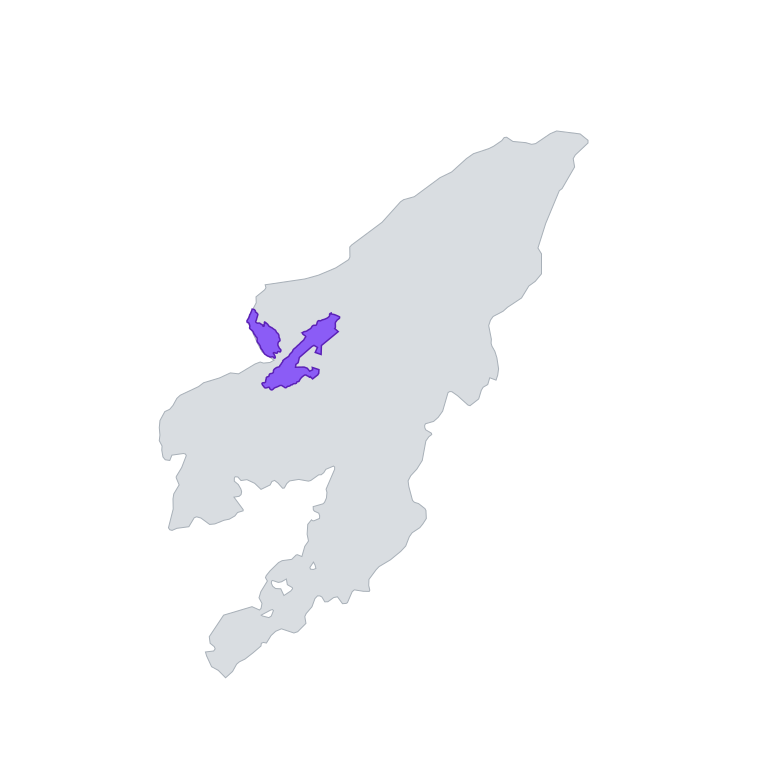 Panfilov, Chuy, Kyrgyzstan shown in context, rotated 321°
{"feature_id": "92254566B35271705363117", "entity_name": "Panfilov", "entity_type": "district", "adm_level": 2, "iso_a3": "KGZ", "parent_name": "Kyrgyzstan", "parent_adm1": "Chuy", "projection": "mercator", "projection_center": [73.745, 42.502], "detail": "fine", "context": "in_parent", "style": "filled", "palette": "violet", "viewbox_px": 768, "rotation_deg": 321, "n_neighbors": 0, "source": "geoboundaries", "source_scale": "gbopen_adm2", "svg_char_len": 8804}
<svg xmlns="http://www.w3.org/2000/svg" viewBox="0 0 768 768"><g transform="rotate(321 384 384)"><path d="M170.0,459.9L171.9,458.8L177.8,457.5L189.7,456.4L193.7,457.2L201.9,462.2L208.1,461.6L209.3,462.2L211.6,466.4L220.3,460.3L226.5,458.5L229.7,452.4L236.4,445.1L242.2,443.9L242.3,445.1L243.4,446.2L249.3,447.9L251.1,445.9L252.0,443.3L249.9,439.1L249.9,437.3L251.8,434.7L261.1,438.7L263.2,438.6L267.5,436.4L271.4,432.4L272.8,429.3L292.0,419.2L293.4,417.4L293.1,416.0L285.1,413.7L281.4,415.0L278.1,415.0L276.1,413.5L266.3,412.9L264.1,411.9L257.7,404.5L249.6,399.9L245.7,400.2L241.1,402.1L239.6,401.2L239.3,394.3L238.3,390.1L235.5,389.2L232.0,390.8L222.1,388.5L221.0,379.8L217.3,372.1L212.1,369.0L211.9,364.3L210.0,362.4L208.5,362.9L206.5,365.3L207.5,370.4L206.7,375.5L205.6,378.1L203.3,380.0L200.7,380.1L196.2,377.5L195.5,393.0L194.7,393.9L189.3,391.7L185.1,392.7L178.7,391.7L173.9,389.2L164.5,386.3L160.1,383.4L157.4,373.0L154.8,369.3L152.4,368.5L142.5,372.1L132.2,365.8L127.2,364.4L125.8,362.5L126.0,360.1L141.5,348.5L147.7,340.5L151.5,337.1L161.3,333.5L163.5,326.1L164.3,325.2L174.2,321.6L185.3,315.2L185.6,313.4L184.4,311.8L174.4,305.8L169.4,308.6L166.3,305.2L166.3,301.6L169.7,295.5L172.5,292.5L173.7,286.6L177.7,282.7L181.9,276.5L186.9,271.4L196.3,267.5L201.5,268.8L206.4,267.9L214.0,264.8L218.6,264.5L238.2,269.3L244.6,269.5L259.8,275.7L271.6,278.7L277.4,284.6L296.4,287.3L301.6,289.0L303.5,291.9L308.9,295.5L313.5,296.3L309.5,282.2L311.1,273.7L317.1,250.6L320.3,247.1L335.8,240.5L339.4,235.7L350.5,235.7L352.8,234.9L354.1,232.1L388.5,252.5L401.6,258.2L419.6,263.4L434.8,265.1L437.4,263.9L443.6,256.0L446.4,255.6L484.3,257.1L511.4,252.8L515.3,253.1L525.4,257.5L557.5,258.9L570.0,261.8L590.0,260.7L598.4,261.3L613.5,267.0L618.8,268.2L628.7,269.0L632.5,268.1L634.6,269.4L636.8,276.6L646.1,285.7L649.5,290.6L653.1,292.6L670.8,294.1L677.4,296.0L693.8,313.1L695.9,323.0L694.2,325.1L676.8,326.4L672.9,327.9L668.7,335.3L645.4,344.2L641.9,344.1L610.7,361.0L589.2,375.2L588.3,382.0L575.7,397.5L566.2,399.4L558.2,399.0L545.0,403.7L528.2,402.1L522.4,402.4L511.3,400.2L506.9,401.4L502.1,404.5L495.6,416.8L492.9,419.7L491.7,422.5L490.7,428.4L488.2,434.7L482.6,444.3L477.9,448.7L473.5,451.5L470.1,445.7L464.3,449.7L459.0,448.9L455.7,450.1L448.2,455.2L437.2,455.0L436.0,453.2L433.8,439.3L431.9,432.7L430.3,431.2L428.3,431.0L412.5,442.0L405.2,444.0L399.1,444.3L391.2,441.0L389.5,441.8L388.2,443.6L387.6,445.9L389.9,452.1L389.3,453.3L385.7,453.2L380.7,454.6L365.6,467.5L356.0,470.8L347.1,472.1L341.8,474.4L338.8,479.2L332.9,492.4L333.2,495.1L335.6,498.7L337.4,506.6L337.0,508.7L332.2,515.2L326.1,517.2L321.4,518.2L312.3,517.3L307.6,518.6L298.9,523.6L291.8,524.6L278.4,524.7L265.2,522.8L260.9,523.4L249.3,526.4L245.3,531.0L243.2,535.3L242.0,535.9L237.4,532.0L231.4,525.3L228.5,525.4L218.0,530.9L216.5,530.7L213.5,528.6L213.9,520.1L210.5,518.3L203.3,517.9L200.9,516.0L201.7,510.5L200.9,508.4L199.0,506.8L195.3,507.3L187.8,511.8L179.1,513.4L176.1,514.9L172.7,520.9L161.0,522.2L157.3,520.8L150.2,509.7L144.2,508.0L138.0,508.4L129.6,511.3L127.6,508.9L125.5,508.3L123.5,510.2L113.3,510.5L102.9,510.3L96.9,508.9L93.1,509.0L85.4,512.1L76.0,512.6L75.0,502.3L72.1,495.2L75.0,483.7L76.6,479.9L83.6,484.3L86.1,483.6L86.8,481.3L85.7,476.1L89.2,470.4L113.9,462.7L141.3,474.0L145.0,481.3L147.3,481.0L151.1,477.7L152.3,471.5L157.6,467.9L169.4,463.7L170.0,459.9ZM184.1,485.6L184.6,484.5L182.6,479.1L185.4,474.1L179.8,473.2L177.0,471.7L173.8,466.6L172.7,466.4L171.1,467.8L170.2,471.1L171.0,474.7L174.9,478.2L173.1,485.4L181.2,486.2L184.1,485.6ZM155.5,490.5L155.3,489.0L153.4,488.3L143.1,486.3L143.5,487.7L147.5,493.1L150.4,493.4L155.5,490.5ZM216.5,481.3L217.1,478.0L211.0,479.9L210.3,481.6L212.4,483.7L215.0,484.5L216.5,481.3Z" fill="#d9dde1" stroke="#a8b0b8" stroke-width="1"/><path d="M289.0,312.0L289.3,312.4L289.7,312.7L290.4,313.1L290.6,313.2L291.6,313.6L292.2,313.9L292.5,314.0L292.7,314.3L292.7,314.8L292.5,315.1L292.4,315.5L292.3,316.4L292.6,317.5L293.0,317.9L293.5,318.2L294.3,318.3L295.8,318.1L296.8,318.2L299.5,319.1L300.7,319.4L302.3,319.7L302.9,320.2L303.3,320.5L303.7,321.0L304.1,322.4L304.5,323.5L304.6,324.2L304.7,324.4L305.0,324.8L305.4,325.1L305.8,325.3L306.5,325.3L307.0,325.1L307.4,325.1L307.6,325.2L308.6,325.8L309.3,326.1L310.0,326.3L310.6,326.2L311.3,326.2L311.9,326.7L312.5,326.9L313.2,326.8L313.8,326.8L314.3,327.1L315.1,327.8L315.8,328.1L316.4,328.2L317.4,327.7L317.9,327.6L318.8,328.2L319.7,328.4L321.1,327.8L322.2,327.4L323.1,327.2L324.2,327.0L325.2,327.0L326.8,327.0L327.7,327.1L328.3,327.3L328.7,327.7L329.3,328.4L329.4,329.3L329.8,329.9L330.1,330.6L330.3,331.7L330.6,332.1L331.3,331.9L331.7,335.1L338.5,335.2L339.2,334.8L339.9,334.7L342.5,331.9L338.7,326.0L337.5,328.0L334.3,327.3L334.3,323.5L332.6,320.6L325.8,315.3L327.8,313.3L330.7,313.4L334.9,310.1L351.6,309.5L353.9,309.9L355.3,313.7L350.4,316.2L353.7,321.5L359.6,314.7L381.4,314.5L380.6,309.9L381.2,309.8L382.0,309.3L383.9,306.8L384.3,306.2L385.2,305.5L387.2,305.0L388.0,304.8L389.8,304.9L390.9,304.8L391.7,304.0L391.6,303.5L390.2,300.7L389.0,298.6L387.6,297.0L387.0,296.3L387.6,295.6L387.3,295.5L386.8,295.4L386.5,295.3L386.3,295.3L386.2,295.3L385.6,295.5L385.6,295.9L384.9,296.5L384.0,297.0L382.7,297.1L381.3,297.0L380.1,296.7L379.0,296.4L378.9,296.4L377.9,296.0L377.0,295.6L376.4,295.3L375.1,295.1L374.2,294.8L373.8,294.4L373.4,293.8L372.7,293.5L371.8,293.6L370.9,294.0L370.2,294.6L369.2,295.2L368.8,295.5L368.2,295.5L367.6,295.2L366.9,294.6L366.3,294.1L365.5,293.9L364.4,293.9L362.9,294.5L361.9,294.7L361.7,294.7L360.2,294.5L359.3,294.3L358.1,294.3L356.9,294.1L356.0,293.7L355.4,293.3L354.4,292.9L353.4,292.8L352.7,292.7L352.9,293.0L352.6,293.3L352.3,294.1L352.6,295.5L352.8,296.1L353.1,297.1L353.1,297.8L352.6,298.2L351.9,298.3L351.3,298.5L350.4,298.8L349.8,299.2L348.9,299.3L347.6,299.4L346.1,299.4L345.0,299.5L343.8,299.7L342.6,299.8L341.0,299.8L339.3,300.0L337.9,300.1L337.7,300.1L336.9,300.0L335.5,300.1L334.4,300.4L333.6,301.0L332.3,301.3L330.3,301.5L329.2,301.7L328.3,302.2L327.4,302.5L326.6,302.5L325.1,302.3L322.5,302.1L320.2,302.1L319.8,302.7L319.2,302.9L318.7,303.1L317.2,303.4L316.3,303.9L315.5,304.0L314.7,304.1L314.0,304.6L313.2,304.6L312.5,304.3L311.3,303.7L310.2,303.5L308.7,303.4L307.7,303.5L306.8,303.8L306.2,304.3L305.9,304.8L305.2,305.4L304.6,305.4L303.8,305.3L303.3,305.1L302.8,304.7L301.8,304.3L300.9,304.4L300.5,304.7L300.1,305.1L299.7,305.4L298.9,305.4L298.2,305.2L297.7,304.9L297.1,304.9L296.5,305.0L295.8,305.7L295.5,306.0L294.8,306.4L294.2,306.9L293.7,307.4L293.2,307.9L292.4,307.9L291.7,307.7L291.1,307.1L290.7,306.8L290.1,306.7L289.7,306.7L289.3,307.0L289.0,308.1L288.9,309.0L289.0,310.0L288.9,310.8L288.9,311.3L289.0,312.0ZM328.6,242.8L327.7,243.5L325.2,244.9L324.2,245.4L323.0,245.8L321.9,246.8L321.2,247.1L320.3,247.6L319.4,247.9L318.6,248.1L317.3,248.6L316.6,249.5L316.5,250.2L316.8,250.6L317.2,250.8L317.3,251.5L317.2,252.2L316.6,253.8L315.9,255.0L315.3,255.4L314.8,255.8L314.6,256.5L314.7,257.3L314.8,258.0L315.0,258.7L315.2,259.7L315.2,260.5L315.2,261.4L314.5,263.0L314.5,263.3L314.6,263.6L314.6,263.8L314.6,264.1L314.5,264.4L314.5,264.5L314.4,265.9L314.2,266.8L314.5,267.7L314.3,268.3L314.0,268.9L313.2,269.9L312.5,270.5L312.3,271.1L312.0,271.5L312.0,274.4L311.8,276.2L311.2,277.7L310.8,278.4L310.7,279.5L310.7,281.2L310.5,282.2L310.3,283.6L310.1,285.6L310.5,286.9L310.8,287.9L311.0,288.7L311.4,289.4L311.8,290.0L312.0,290.5L312.4,291.1L312.8,291.7L313.7,292.2L314.4,292.6L314.7,293.0L315.0,293.6L314.8,294.3L315.2,295.0L315.5,295.2L315.8,295.2L316.2,295.0L316.5,294.4L316.8,293.9L317.0,292.8L317.2,291.9L317.3,291.4L317.3,290.8L317.4,290.4L317.6,290.2L318.0,290.2L318.5,290.6L318.9,291.0L319.4,292.1L319.8,292.4L320.2,292.7L320.7,292.7L320.9,292.4L321.4,292.1L321.7,292.0L322.2,292.2L323.1,293.1L323.3,293.7L324.5,293.5L325.2,292.8L325.4,292.1L325.2,290.7L325.3,289.7L325.6,288.7L325.8,287.5L326.3,286.6L327.1,285.7L328.3,285.0L328.9,284.8L329.6,285.0L330.4,284.9L331.0,284.1L331.4,283.4L331.6,282.7L331.8,281.6L332.2,281.1L332.6,280.6L333.1,279.7L333.3,278.8L333.3,277.7L333.1,277.0L333.0,276.4L333.1,275.9L333.3,274.8L333.5,274.1L333.3,273.2L332.8,271.9L332.6,271.0L332.4,270.3L332.3,269.5L331.8,268.9L331.5,267.9L331.0,266.9L331.1,266.0L331.1,265.1L331.2,264.4L331.1,263.8L330.9,262.7L330.6,261.4L330.3,260.7L329.8,260.8L329.5,261.4L329.4,261.9L328.8,262.1L328.2,262.1L327.9,262.4L327.7,262.8L327.6,263.3L327.2,263.5L326.8,263.4L326.4,263.1L326.4,262.6L326.6,262.0L326.6,261.2L326.5,260.6L326.1,260.1L325.9,259.5L325.8,258.9L325.7,258.4L325.1,257.9L324.8,257.7L324.2,257.4L323.6,256.5L323.4,255.8L323.3,255.2L323.7,254.6L325.0,254.0L326.1,253.2L326.8,252.6L327.7,252.1L328.9,251.2L329.6,250.8L329.9,250.2L329.8,249.3L329.9,248.5L329.8,248.0L329.6,247.8L329.4,247.3L329.6,246.8L330.1,246.1L330.1,245.4L330.1,244.8L329.9,244.2L328.6,242.8Z" fill="#8b5cf6" stroke="#5b21b6" stroke-width="1.5"/></g></svg>